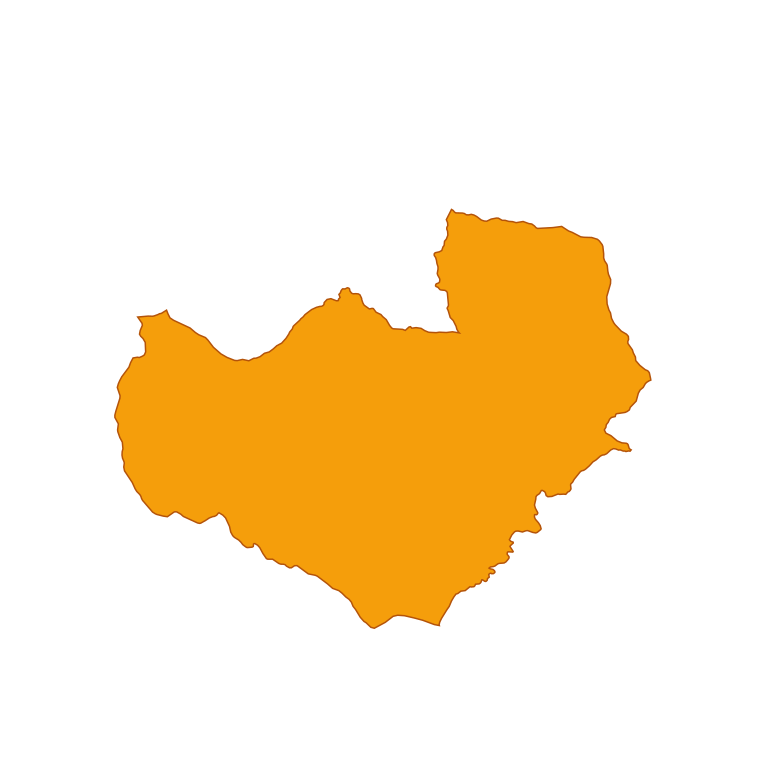 the district of El Calvario, Meta, Colombia, rotated 313°
{"feature_id": "7082276B98966151255757", "entity_name": "El Calvario", "entity_type": "district", "adm_level": 2, "iso_a3": "COL", "parent_name": "Colombia", "parent_adm1": "Meta", "projection": "mercator", "projection_center": [-73.69, 4.367], "detail": "fine", "context": "isolated", "style": "filled", "palette": "amber", "viewbox_px": 768, "rotation_deg": 313, "n_neighbors": 0, "source": "geoboundaries", "source_scale": "gbopen_adm2", "svg_char_len": 6171}
<svg xmlns="http://www.w3.org/2000/svg" viewBox="0 0 768 768"><g transform="rotate(313 384 384)"><path d="M245.1,589.2L245.6,588.4L248.0,587.1L251.9,585.9L262.0,583.9L265.7,583.4L271.5,581.3L276.0,580.3L279.4,579.9L281.2,580.9L284.9,581.5L288.3,584.3L294.4,585.1L295.0,586.2L297.1,588.0L298.1,588.1L300.0,587.5L302.7,589.9L304.0,590.2L305.3,590.1L307.5,589.1L308.0,589.6L308.4,592.2L309.0,593.1L309.8,593.3L310.9,593.3L312.3,592.4L314.5,592.7L316.1,590.6L316.9,590.5L318.0,590.8L318.6,591.4L318.7,592.2L320.0,593.4L321.4,593.6L322.2,593.4L322.8,592.1L322.7,590.1L321.2,587.6L321.0,586.4L322.7,586.6L325.2,588.6L326.6,589.3L330.1,589.9L331.5,590.7L335.0,593.9L337.1,594.5L339.8,594.4L341.7,594.2L342.4,593.8L343.0,593.1L343.4,590.4L344.2,589.5L345.3,589.0L346.1,589.4L348.9,592.8L349.6,592.7L351.1,586.9L352.0,586.7L355.8,587.0L356.4,586.4L355.4,583.8L355.6,581.9L360.9,580.4L364.9,580.3L366.3,580.8L367.9,582.3L370.2,586.2L373.5,587.9L374.8,589.1L376.9,594.0L378.6,596.6L380.1,597.3L384.5,597.9L385.3,597.6L387.0,594.8L387.8,591.8L388.4,586.7L389.3,584.8L391.0,583.3L391.4,583.4L392.4,584.7L393.0,584.9L394.3,584.6L394.8,584.1L396.4,579.4L398.1,576.6L403.2,573.6L405.2,572.0L406.9,571.8L409.9,572.5L413.4,571.7L414.2,572.4L414.8,574.8L414.5,576.2L413.0,578.7L413.3,580.7L416.3,583.5L422.2,586.3L423.1,587.8L425.8,590.3L427.3,592.2L430.4,592.1L431.7,592.7L433.3,592.7L434.8,592.3L437.4,589.3L438.2,588.8L440.8,588.9L443.9,588.1L453.4,587.4L455.2,587.7L457.0,588.9L459.2,589.5L464.3,590.0L469.5,589.9L473.3,590.9L478.8,591.4L481.0,592.2L482.4,593.4L484.9,594.4L490.3,594.8L493.2,595.9L494.5,597.7L495.7,600.7L496.9,601.7L498.1,604.7L499.2,605.9L499.6,607.0L501.8,608.5L502.7,609.8L504.4,609.7L504.1,608.3L504.2,607.1L506.1,603.9L506.3,602.8L505.9,601.6L503.2,598.1L501.4,593.3L501.0,585.4L499.4,579.9L500.6,576.6L501.1,576.3L503.5,575.9L505.9,574.3L508.8,574.1L512.1,573.0L514.7,573.2L517.9,575.3L519.7,574.3L520.8,574.3L527.6,579.7L529.7,580.6L532.4,581.1L534.9,580.0L543.5,580.1L550.7,576.3L554.3,575.4L558.3,575.9L562.5,574.9L564.5,575.0L567.1,575.7L568.8,576.5L569.9,575.1L573.1,570.5L573.5,568.9L573.5,567.7L572.6,565.3L572.1,558.3L572.8,552.1L575.2,549.5L576.8,545.1L578.4,542.3L580.0,534.7L581.5,533.2L583.4,532.5L585.5,530.2L585.8,527.4L584.5,521.6L585.0,512.5L585.5,510.1L587.2,505.6L590.5,501.1L591.5,498.1L594.7,492.6L599.7,487.4L611.9,481.2L615.0,478.5L617.3,473.4L619.2,470.7L622.9,466.5L623.6,465.2L624.5,461.4L626.0,458.7L629.0,455.9L633.9,450.2L634.7,448.5L635.5,444.0L635.4,441.4L632.8,436.0L627.7,430.2L625.8,427.5L623.3,418.4L621.8,414.6L620.4,406.5L613.4,400.7L602.5,390.2L602.0,388.6L602.2,386.3L601.8,383.0L600.1,380.5L597.7,374.9L592.1,370.6L590.5,367.4L588.0,364.3L586.3,361.0L584.3,358.8L583.3,354.6L582.1,353.1L577.7,349.9L573.1,348.1L571.6,346.2L570.3,343.4L569.7,337.5L568.9,334.5L567.6,332.1L565.4,330.6L563.9,328.8L563.5,326.5L562.5,324.8L558.1,319.8L557.8,318.3L558.1,316.2L557.7,314.3L546.7,317.5L545.4,320.4L543.4,322.6L541.5,323.1L540.1,324.2L539.1,326.3L536.4,329.2L532.4,330.8L529.7,330.9L526.3,333.5L524.6,333.6L521.0,335.2L518.4,334.3L514.9,331.9L513.3,332.0L512.2,333.2L511.7,335.5L510.3,337.9L508.2,340.6L506.6,343.5L504.8,345.2L501.1,347.6L500.3,349.0L499.1,352.6L498.3,353.8L496.3,355.1L495.1,355.0L492.9,353.9L491.7,354.2L490.9,354.8L490.8,355.7L491.5,357.5L491.2,360.5L491.6,361.5L494.1,364.8L494.4,366.6L494.0,368.0L485.9,377.1L484.8,377.9L483.0,378.2L482.3,378.7L481.5,380.8L477.8,387.1L477.6,391.4L475.3,397.5L473.8,399.8L472.8,402.9L472.7,404.2L468.9,398.5L464.2,394.5L459.6,389.1L457.1,387.1L452.3,381.4L450.8,377.4L450.0,373.2L447.1,369.0L443.8,366.3L444.0,364.3L442.7,363.4L437.7,363.0L436.7,360.4L430.6,353.0L430.2,351.4L430.7,348.0L432.6,341.8L432.4,337.1L432.7,334.4L431.1,329.3L431.9,324.8L431.2,323.7L428.9,322.1L428.1,315.8L428.8,313.4L430.7,309.9L431.4,309.2L432.8,305.6L432.4,303.8L430.8,301.7L429.0,300.0L428.3,298.4L428.8,295.6L430.0,294.0L430.1,292.9L429.6,291.9L429.3,291.5L427.0,290.7L425.3,288.8L423.2,288.9L420.8,289.9L418.8,289.9L417.3,292.9L414.9,292.9L414.3,293.5L413.6,293.6L412.4,292.4L410.2,287.0L407.0,284.7L402.8,284.7L401.1,285.9L399.7,285.9L398.3,285.4L396.9,284.1L394.0,282.3L389.1,280.3L380.9,278.9L377.9,279.1L374.9,278.7L373.3,278.9L365.5,278.3L364.2,278.3L361.7,279.4L357.6,279.6L355.7,280.3L350.6,281.2L344.1,281.3L339.0,279.5L334.3,279.1L329.2,278.2L324.9,275.6L319.4,274.7L315.6,272.8L314.0,271.2L308.8,269.3L305.5,263.8L301.0,260.7L299.4,258.7L296.4,251.1L294.8,244.2L294.5,234.2L296.0,225.3L296.2,221.8L293.7,215.0L293.0,210.9L292.7,204.0L287.1,186.7L286.4,182.4L288.0,178.1L289.7,174.6L283.8,173.0L282.3,171.9L280.6,171.3L277.1,169.5L275.8,168.6L272.8,165.2L265.0,158.2L263.4,165.6L262.1,167.3L256.9,169.2L253.7,171.2L253.0,173.5L252.9,176.8L251.6,181.0L244.9,187.8L241.8,188.9L239.7,188.4L236.5,187.0L235.4,185.4L231.9,182.7L226.8,184.1L222.3,186.0L210.4,187.3L206.0,188.5L202.9,189.6L199.6,191.3L195.4,199.0L193.4,200.6L181.1,206.5L177.7,208.4L176.0,210.0L173.7,216.9L168.7,220.5L167.5,222.0L164.7,227.3L163.0,232.3L158.6,237.2L155.9,238.7L153.3,240.9L151.4,243.4L149.8,247.0L148.9,248.1L145.8,250.3L143.5,253.5L140.3,267.0L137.6,273.5L136.8,276.5L136.6,280.9L136.0,282.9L134.9,284.8L134.2,286.9L132.5,302.1L133.1,305.3L133.7,306.9L136.8,312.6L139.2,316.1L146.8,317.7L147.8,318.1L149.1,319.6L150.2,324.0L150.3,327.6L155.2,342.4L156.4,344.3L157.3,344.9L162.7,346.6L166.9,347.6L170.2,349.2L171.6,350.3L173.8,351.1L176.5,350.9L177.3,351.2L178.2,355.5L178.0,359.5L174.5,368.1L171.2,372.9L169.9,376.8L169.8,379.2L170.8,384.1L170.7,387.5L170.2,390.2L170.4,392.6L170.7,394.8L171.3,395.8L174.7,398.8L176.0,399.2L178.0,397.7L178.6,397.8L179.2,398.4L179.9,401.4L179.6,404.7L177.4,411.2L176.1,417.1L176.6,418.5L179.9,422.0L181.0,429.4L181.8,431.3L183.7,433.5L184.4,434.9L184.3,436.9L185.1,440.2L186.4,441.6L190.1,442.5L191.9,444.3L193.5,458.1L197.3,464.3L198.0,466.4L199.3,479.0L199.5,485.8L202.1,491.9L202.4,496.0L202.2,501.3L202.7,505.4L202.2,508.9L200.3,513.0L199.7,517.0L197.2,525.8L196.7,531.3L197.2,533.7L197.1,540.3L198.8,543.5L210.6,547.5L220.3,549.1L224.2,551.7L228.5,557.0L233.4,565.5L237.6,573.4L242.4,584.9L245.1,589.2Z" fill="#f59e0b" stroke="#b45309" stroke-width="1.5"/></g></svg>